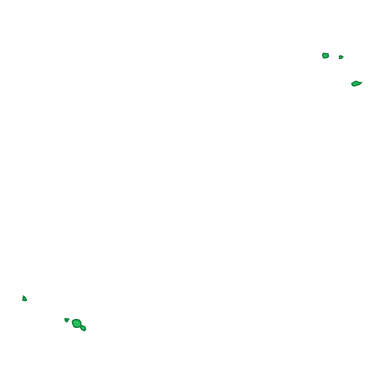 SVG path tracing the border of French Polynesia
{"feature_id": "PYF", "entity_name": "French Polynesia", "entity_type": "country or territory", "adm_level": 0, "iso_a3": "PYF", "parent_name": "Oceania", "parent_adm1": "", "projection": "robinson", "projection_center": [-142.778, -14.829], "detail": "coarse", "context": "isolated", "style": "filled", "palette": "green", "viewbox_px": 384, "rotation_deg": 0, "n_neighbors": 0, "source": "natural_earth", "source_scale": "50m", "svg_char_len": 687}
<svg xmlns="http://www.w3.org/2000/svg" viewBox="0 0 384 384"><path d="M80.9,325.4L84.7,326.8L85.5,329.1L84.6,330.6L81.7,329.4L80.4,326.7L76.6,327.3L74.1,326.7L72.6,323.2L72.5,321.5L73.1,320.5L75.9,319.5L79.3,320.3L80.6,322.3L80.9,325.4ZM355.7,81.3L359.7,82.8L361.0,82.7L359.7,84.2L354.3,85.9L352.7,85.4L351.9,83.6L355.7,81.3ZM327.6,57.3L323.7,57.9L322.7,55.4L323.1,53.9L323.5,53.4L328.0,54.0L328.3,56.2L327.6,57.3ZM25.1,300.6L23.0,300.1L23.5,296.4L25.0,297.4L26.3,300.2L25.1,300.6ZM68.6,319.2L66.9,321.7L65.8,321.2L65.1,319.6L65.4,318.6L68.6,319.2ZM341.4,58.2L339.7,58.4L339.4,56.9L339.9,56.1L340.7,55.8L342.7,56.9L341.4,58.2Z" fill="#22c55e" stroke="#15803d" stroke-width="1.5"/></svg>